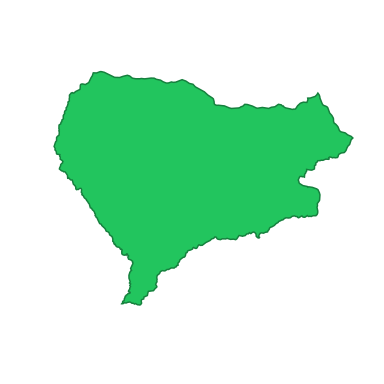 the district of El Tablón De Gómez, Nariño, Colombia, rotated 283°
{"feature_id": "7082276B75736959401017", "entity_name": "El Tablón De Gómez", "entity_type": "district", "adm_level": 2, "iso_a3": "COL", "parent_name": "Colombia", "parent_adm1": "Nariño", "projection": "orthographic", "projection_center": [-77.003, 1.402], "detail": "fine", "context": "isolated", "style": "filled", "palette": "green", "viewbox_px": 384, "rotation_deg": 283, "n_neighbors": 0, "source": "geoboundaries", "source_scale": "gbopen_adm2", "svg_char_len": 6001}
<svg xmlns="http://www.w3.org/2000/svg" viewBox="0 0 384 384"><g transform="rotate(283 192 192)"><path d="M285.9,69.0L282.6,68.7L280.9,68.0L275.4,66.8L272.7,63.9L272.7,61.3L272.4,60.2L271.7,59.3L270.6,59.2L268.1,59.7L266.7,59.7L263.8,56.1L261.7,54.5L261.9,53.0L261.5,52.8L261.4,52.1L258.8,50.8L256.4,51.4L255.1,51.4L253.2,52.0L251.7,50.9L250.4,51.4L247.1,51.1L245.7,50.4L243.9,51.0L242.3,49.9L241.0,49.8L240.0,50.3L237.7,49.4L235.9,49.7L234.4,50.2L233.0,49.1L231.2,49.3L230.5,48.7L228.7,48.7L227.7,47.6L227.2,47.4L223.6,48.1L222.6,48.8L221.6,48.5L221.0,49.1L217.7,49.7L215.7,48.2L214.6,47.8L211.4,48.5L210.1,47.8L205.3,47.4L203.6,48.9L202.2,49.0L201.4,50.2L200.7,50.7L198.8,51.4L198.5,52.0L198.7,54.8L197.3,54.9L196.4,55.8L194.3,56.2L193.4,58.6L192.6,59.4L192.0,59.1L191.2,59.3L190.0,58.3L189.0,57.9L187.8,58.1L185.8,57.6L184.6,57.6L183.3,60.1L183.3,61.4L182.8,62.4L183.1,63.4L182.9,64.1L180.3,66.9L177.4,67.8L177.4,68.1L178.0,68.6L176.5,71.0L176.7,72.7L173.0,74.6L171.7,76.7L170.7,77.6L168.9,78.1L168.6,78.5L168.3,79.1L168.8,79.9L168.9,80.7L170.1,81.6L170.5,82.5L170.5,83.2L169.3,84.0L166.8,84.2L165.7,85.4L164.6,85.3L163.9,86.9L162.2,88.3L160.9,90.8L160.0,91.2L159.4,92.3L158.0,93.5L157.4,94.5L153.7,96.5L153.6,97.7L152.2,99.0L151.5,100.4L150.7,101.3L149.4,102.0L148.8,102.8L147.2,102.9L146.8,103.7L145.7,104.4L145.2,105.7L144.4,106.0L140.5,109.1L140.1,110.9L139.0,111.7L136.8,115.5L134.5,117.3L134.3,119.1L133.6,120.4L131.7,121.4L130.6,124.1L128.5,125.4L126.1,125.9L125.5,127.1L124.6,127.3L123.5,128.2L123.9,128.7L122.0,130.4L121.6,131.6L121.8,133.1L121.3,134.2L120.2,135.1L120.0,135.8L120.4,136.2L120.0,136.8L119.3,137.0L118.5,136.9L116.2,137.5L115.5,138.1L115.2,139.5L115.3,140.6L115.9,141.4L115.6,142.0L116.9,142.2L117.0,143.0L116.2,143.3L115.4,144.6L114.2,144.1L112.3,145.3L112.1,147.5L111.1,149.7L110.4,149.7L109.6,150.4L109.0,150.5L103.6,149.4L101.9,150.7L101.4,150.1L99.7,149.5L96.7,149.3L93.8,150.0L90.6,152.0L89.3,151.5L88.6,152.9L86.9,152.4L86.2,153.3L84.4,153.0L82.9,153.1L82.0,152.5L81.0,152.4L80.6,152.8L80.6,153.9L80.2,154.3L79.4,154.2L78.6,152.5L77.5,152.0L76.7,151.1L75.9,150.9L75.4,150.4L74.0,150.4L72.8,150.1L70.9,150.3L70.0,149.2L69.3,149.1L68.6,149.4L67.3,148.7L67.3,148.8L67.8,150.1L68.9,151.1L69.0,152.7L70.1,154.3L70.8,156.1L70.8,156.8L70.1,158.5L70.4,159.7L69.9,161.3L70.6,162.2L69.9,164.1L70.2,166.6L70.7,167.3L72.4,167.9L74.2,167.1L75.3,167.0L76.0,167.4L76.9,169.0L78.8,168.8L81.1,171.8L84.2,171.7L85.4,171.9L87.2,176.7L89.8,177.9L91.2,179.0L92.1,179.0L93.6,177.5L95.1,177.5L96.6,178.1L98.0,177.6L99.2,177.6L100.2,177.0L102.3,176.8L103.1,177.0L105.2,178.7L107.3,179.1L108.7,180.7L108.9,182.8L109.3,183.7L110.9,185.1L111.3,186.7L113.3,188.8L113.9,191.7L115.1,192.6L115.7,193.6L116.8,193.6L117.5,194.9L119.5,194.3L121.2,195.3L123.2,195.5L126.2,197.9L126.7,199.0L127.4,199.6L128.5,199.9L131.1,199.8L131.9,200.8L133.4,201.0L134.0,201.4L135.2,203.7L136.5,205.3L137.9,205.6L138.3,206.0L137.8,207.9L138.1,209.0L138.8,209.5L141.5,210.2L142.1,210.6L142.2,211.1L141.8,211.9L142.4,214.0L145.9,216.9L148.8,220.5L150.7,221.7L151.7,223.5L153.4,224.5L153.4,225.6L152.0,227.2L151.8,228.1L152.0,230.5L153.2,232.0L153.9,235.5L154.7,236.5L154.5,240.2L155.4,243.0L155.4,245.3L156.4,246.2L160.2,247.6L160.3,251.4L160.7,251.8L161.5,253.6L163.5,254.8L163.9,256.3L165.3,257.1L164.7,258.3L164.8,258.8L166.2,259.9L166.9,261.1L166.8,261.9L165.9,263.4L165.2,263.9L163.2,264.6L162.2,266.4L162.2,267.6L163.1,268.0L163.6,267.1L164.1,266.8L167.0,267.6L167.8,268.8L168.0,271.0L169.2,272.5L170.1,274.6L171.7,274.9L172.6,275.5L174.3,275.7L175.1,276.2L176.2,277.9L178.0,279.8L180.1,281.0L181.6,282.7L182.9,283.2L184.0,284.9L184.8,285.5L185.2,286.8L186.8,287.9L188.0,289.3L188.4,292.0L189.1,293.7L190.8,295.0L191.8,297.1L191.5,298.6L191.7,300.1L191.0,300.8L190.9,301.8L193.3,304.2L193.4,304.5L192.6,305.7L192.6,307.0L192.9,307.8L195.0,309.7L194.4,310.7L194.4,311.4L195.0,312.3L194.9,313.6L196.1,315.2L196.8,318.1L197.9,318.6L198.0,318.9L199.8,319.2L201.8,318.8L205.3,317.2L206.7,317.4L208.9,316.7L212.3,318.1L213.0,318.1L218.0,317.3L219.9,316.3L222.5,314.3L223.1,312.8L223.6,308.3L223.3,304.5L222.7,303.9L223.3,303.1L223.2,298.7L224.4,295.1L225.1,294.2L226.5,293.6L227.6,292.8L230.7,293.4L231.4,293.7L231.8,295.1L231.6,296.0L232.0,296.8L231.8,298.2L234.6,297.8L236.2,298.5L237.5,298.6L238.3,299.0L239.8,298.6L240.0,302.3L240.3,303.9L242.0,306.1L245.3,305.5L246.2,306.5L248.1,306.1L249.4,307.2L250.8,307.5L251.4,309.8L252.1,310.9L252.3,312.4L254.1,314.9L254.6,317.8L255.1,318.2L256.2,317.5L257.0,318.2L257.2,319.1L256.9,321.3L257.6,322.5L257.5,323.8L258.3,325.9L259.1,326.3L261.0,326.4L262.0,326.8L263.9,329.1L264.1,330.2L264.8,331.6L267.0,332.7L270.0,333.1L272.0,333.7L273.7,334.9L278.7,335.3L280.8,336.6L282.0,334.6L282.7,330.8L283.9,328.4L284.1,327.6L284.1,323.8L284.6,322.5L285.2,321.7L288.2,319.7L289.0,318.8L290.4,316.8L291.1,315.0L292.7,314.0L295.1,313.4L296.0,312.9L298.1,311.0L299.9,308.4L304.7,305.3L305.2,304.7L305.7,303.2L306.0,300.7L306.5,299.8L307.3,299.0L312.2,295.6L314.0,294.9L315.3,294.0L316.7,292.4L314.9,291.8L312.9,290.6L310.1,286.0L309.5,283.6L308.0,284.2L305.1,283.8L304.6,280.3L302.9,277.6L299.8,275.5L296.5,274.3L295.9,273.8L295.7,272.5L295.2,271.7L295.0,270.6L295.1,269.3L295.0,264.3L295.4,262.7L296.3,261.7L296.0,261.3L296.2,260.7L297.0,259.4L296.9,256.5L293.7,253.6L292.4,250.2L290.7,248.0L290.2,241.5L288.4,237.1L288.3,235.9L289.3,231.6L289.7,226.2L289.4,224.3L289.3,223.7L286.9,222.1L286.2,220.7L284.9,219.5L284.4,218.6L282.3,211.7L282.3,209.6L283.2,204.3L282.5,198.3L282.0,196.5L282.2,194.9L283.0,193.8L285.0,193.2L287.5,191.9L288.2,190.7L290.0,185.7L292.4,181.5L295.2,171.6L297.2,168.7L297.2,165.0L298.7,161.1L299.2,157.1L295.3,151.3L294.6,149.0L294.6,147.2L292.8,144.3L292.4,142.3L292.9,139.0L293.9,136.2L293.8,131.8L294.4,129.6L293.8,126.5L291.6,120.4L291.2,117.0L290.6,115.7L289.7,111.9L289.5,108.3L291.0,105.2L291.2,102.8L289.2,98.8L287.3,95.8L286.3,90.8L288.9,79.5L288.9,76.7L288.6,75.4L286.5,72.2L285.9,69.0Z" fill="#22c55e" stroke="#15803d" stroke-width="1.5"/></g></svg>